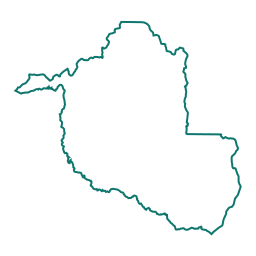 the State of Rondônia
{"feature_id": "BRA-595", "entity_name": "Rondônia", "entity_type": "State", "adm_level": 1, "iso_a3": "BRA", "parent_name": "Brazil", "parent_adm1": "", "projection": "natural_earth1", "projection_center": [-63.452, -10.832], "detail": "fine", "context": "isolated", "style": "outline", "palette": "teal", "viewbox_px": 256, "rotation_deg": 0, "n_neighbors": 0, "source": "natural_earth", "source_scale": "10m", "svg_char_len": 5687}
<svg xmlns="http://www.w3.org/2000/svg" viewBox="0 0 256 256"><path d="M61.6,111.5L62.1,110.0L62.6,109.2L63.8,108.6L64.2,107.7L64.5,105.9L65.1,104.5L64.7,102.9L64.5,100.5L63.6,97.1L63.5,95.6L63.6,94.1L64.5,91.7L64.7,90.9L64.5,90.3L63.3,88.9L62.4,86.0L61.5,85.1L60.9,84.8L59.7,84.9L57.8,86.8L57.1,88.6L56.7,89.1L56.0,89.4L55.5,90.7L54.0,90.3L52.4,88.9L51.3,89.1L51.2,89.0L51.4,87.7L49.7,88.3L49.4,88.1L48.9,86.8L48.4,87.7L48.3,88.7L47.8,88.6L47.4,87.7L46.5,88.6L43.8,88.2L41.8,89.5L41.1,89.6L39.3,88.7L38.8,88.8L38.3,89.5L37.7,89.1L36.0,89.3L33.8,90.6L30.7,91.2L28.2,92.5L25.6,92.5L21.8,93.2L21.2,93.6L15.4,90.7L17.1,89.1L18.1,87.4L19.7,87.4L21.7,85.2L22.9,84.2L25.0,83.5L26.2,82.7L29.4,78.5L29.5,77.2L29.1,75.0L29.3,74.5L29.6,74.4L32.5,74.8L34.1,74.5L35.6,75.0L37.2,75.2L42.1,74.4L43.6,74.5L44.7,75.2L46.4,77.5L47.3,77.9L47.7,78.6L48.9,79.5L49.6,80.6L50.0,80.7L52.5,79.3L52.8,78.9L53.2,77.0L53.4,76.6L56.2,74.8L57.3,74.8L57.9,75.2L58.8,76.3L59.8,76.4L60.0,76.1L60.3,74.6L60.8,74.0L63.5,71.5L67.5,68.8L67.9,69.3L68.0,70.5L68.7,71.4L68.7,72.9L69.0,74.2L70.4,75.5L71.8,75.5L73.1,74.3L74.0,72.4L75.2,71.3L75.6,69.8L76.8,68.5L77.2,67.7L77.3,66.6L76.6,64.3L76.8,63.4L78.6,60.9L81.4,58.8L82.2,58.8L83.9,60.0L87.2,60.3L88.2,60.0L89.4,58.5L90.7,57.7L91.6,57.6L92.3,58.1L93.0,58.2L94.5,56.9L97.7,57.0L99.5,57.5L100.8,56.9L102.3,57.9L102.6,57.7L102.7,57.0L102.1,54.3L102.6,52.4L102.2,51.3L102.1,47.9L102.7,47.5L103.0,47.6L103.6,48.5L104.1,48.6L106.3,47.5L107.3,45.6L108.2,44.5L109.0,42.3L108.9,41.6L108.5,40.9L106.9,39.5L106.7,38.8L106.8,38.0L108.3,36.1L109.1,34.4L109.7,33.8L112.0,33.4L114.8,32.3L114.9,31.6L114.6,30.1L115.0,29.3L115.6,28.9L119.6,28.1L119.9,27.8L120.0,27.1L119.7,24.9L121.3,21.9L141.8,22.2L144.2,22.5L147.3,24.0L149.2,26.2L149.5,26.9L149.5,28.0L150.4,30.1L153.1,32.6L153.5,35.5L156.3,35.0L157.5,35.3L158.6,35.9L159.1,36.6L159.2,37.7L159.9,39.3L161.3,43.7L162.2,44.0L164.2,43.9L165.3,44.4L165.3,45.9L166.0,47.4L166.5,50.3L166.9,51.1L168.3,51.3L170.4,51.9L171.0,52.3L171.6,53.5L172.1,54.0L174.0,54.6L174.6,54.3L175.1,53.7L175.6,50.9L176.1,49.8L176.8,49.5L178.2,49.4L179.6,47.8L180.0,47.6L183.2,48.5L183.5,49.3L183.4,50.7L186.7,53.6L187.4,55.0L187.5,56.1L186.0,59.3L185.2,63.0L185.2,64.2L186.0,66.7L186.0,67.8L184.0,68.4L184.0,69.8L183.4,71.3L183.6,72.2L185.0,73.4L185.2,73.9L185.5,74.6L185.3,76.6L186.3,80.5L187.6,82.9L187.6,83.2L186.8,84.3L186.3,85.8L185.3,86.1L184.9,86.6L185.6,87.7L185.8,89.6L186.3,92.1L185.8,94.4L185.9,96.3L184.7,99.1L184.4,101.7L184.5,102.4L185.2,103.7L184.9,105.6L184.9,106.6L186.3,110.1L187.6,112.0L187.9,113.1L186.8,122.5L187.1,122.9L187.9,123.4L188.0,123.8L187.6,125.7L187.3,126.0L186.6,125.8L186.3,126.4L186.7,129.2L186.2,133.1L186.6,133.9L187.9,134.1L221.0,134.4L221.2,134.6L220.9,135.8L221.2,136.3L223.2,138.4L223.9,138.2L225.2,137.2L225.8,137.2L227.3,138.1L229.0,138.6L230.4,138.2L231.9,138.6L232.9,138.5L235.1,139.7L235.9,141.7L236.5,144.6L237.8,147.8L238.0,148.7L237.4,149.9L236.1,151.0L235.5,152.6L234.6,153.9L232.3,156.0L231.8,156.7L231.6,158.9L231.8,162.2L232.2,164.0L232.3,166.3L232.8,167.8L233.5,168.4L234.8,168.1L235.6,168.6L236.8,172.2L237.2,173.7L238.3,175.6L238.6,176.6L238.6,181.5L239.4,184.0L240.6,186.2L240.6,187.0L237.9,194.9L235.0,198.7L233.6,204.6L231.9,206.8L229.7,207.4L228.6,208.2L226.4,211.3L226.2,211.8L226.2,213.7L223.6,219.4L222.5,225.0L221.8,225.9L219.2,227.4L213.6,231.8L211.5,234.1L209.1,231.9L206.9,230.8L206.1,230.0L202.0,229.3L201.4,228.6L201.4,227.0L201.2,226.7L200.3,227.2L199.0,227.4L198.5,227.8L198.3,228.5L198.0,228.7L195.9,228.6L194.8,228.9L193.7,228.3L191.6,227.7L188.0,229.6L186.6,229.8L185.1,229.4L183.6,228.2L180.5,228.7L179.2,229.4L178.6,229.1L176.7,229.6L175.9,229.5L175.6,229.1L174.8,226.3L173.6,225.4L172.0,223.7L170.6,222.7L170.1,221.7L169.6,221.4L167.2,218.6L167.0,214.9L166.2,214.7L165.5,213.8L165.2,213.7L165.1,214.5L163.9,213.7L161.4,214.6L160.7,214.3L160.4,214.6L160.0,214.7L158.5,214.5L157.7,214.0L157.1,214.0L156.9,213.3L155.6,211.8L152.9,211.7L150.1,210.4L149.8,208.9L148.7,207.9L148.3,208.0L147.6,208.6L146.1,208.9L146.0,209.6L145.4,209.3L144.4,208.3L144.0,207.2L143.0,206.8L140.9,203.5L140.1,203.9L139.0,203.4L138.4,202.1L138.2,200.9L137.0,199.6L137.2,198.7L136.8,198.1L136.6,196.7L136.2,196.2L134.3,195.5L133.3,196.0L132.8,196.8L132.2,196.8L131.1,197.9L128.4,198.1L127.1,197.0L126.0,196.7L124.8,195.6L124.6,195.0L123.8,194.4L123.6,193.3L123.0,192.6L121.2,192.3L119.4,190.7L117.5,189.6L112.9,188.8L110.9,189.3L109.1,192.1L108.5,192.1L107.4,191.4L105.8,191.9L105.1,190.8L103.2,190.8L102.7,190.1L101.9,191.2L101.6,191.1L100.7,190.0L99.6,189.5L98.9,189.6L97.9,190.4L97.3,190.4L97.0,189.2L96.5,189.1L95.2,189.3L93.8,188.9L92.9,187.9L92.0,186.4L90.8,185.7L90.7,185.1L91.3,183.6L91.5,182.0L91.3,181.2L90.8,180.7L90.2,180.6L90.1,180.8L88.9,180.0L87.5,179.8L85.2,178.5L84.4,177.5L84.6,176.5L84.4,175.7L83.8,175.7L83.7,175.9L83.5,177.2L83.1,177.4L82.8,177.2L82.6,176.8L82.9,176.2L81.8,175.0L81.1,173.0L79.5,172.4L78.8,172.7L76.8,172.1L75.4,172.0L74.5,171.6L73.9,170.6L73.9,169.9L74.5,168.8L74.5,168.3L74.2,167.9L73.5,167.6L73.3,167.2L73.2,164.9L72.6,163.7L72.3,162.5L70.7,161.3L70.7,160.1L70.1,160.6L69.8,162.9L69.5,163.2L69.1,163.1L68.1,162.1L67.9,161.5L67.9,160.2L68.3,158.9L68.2,158.0L68.2,157.6L69.0,157.3L68.1,156.5L67.3,156.2L67.2,155.2L67.4,154.1L67.2,153.7L66.1,152.8L65.0,153.2L64.1,152.1L63.0,148.6L63.9,146.5L62.3,145.4L61.9,144.7L61.9,143.8L62.6,143.0L62.8,142.5L61.6,140.9L61.7,140.0L63.4,138.3L63.6,137.6L63.4,135.5L64.7,133.6L64.7,133.1L64.3,132.4L64.1,129.2L63.8,128.7L62.8,127.6L61.5,127.2L61.3,126.7L61.8,125.0L62.1,123.0L61.9,121.9L60.3,120.2L60.5,117.8L60.1,116.6L60.3,115.5L59.8,114.3L60.6,114.1L61.1,113.6L61.9,112.0L61.6,111.5Z" fill="none" stroke="#0f766e" stroke-width="2"/></svg>